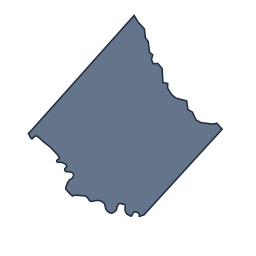 Lamar, Texas, United States of America, rotated 222°
{"feature_id": "52423323B29010460164460", "entity_name": "Lamar", "entity_type": "district", "adm_level": 2, "iso_a3": "USA", "parent_name": "United States of America", "parent_adm1": "Texas", "projection": "natural_earth1", "projection_center": [-95.621, 33.658], "detail": "fine", "context": "isolated", "style": "filled", "palette": "slate", "viewbox_px": 256, "rotation_deg": 222, "n_neighbors": 0, "source": "geoboundaries", "source_scale": "gbopen_adm2", "svg_char_len": 1412}
<svg xmlns="http://www.w3.org/2000/svg" viewBox="0 0 256 256"><g transform="rotate(222 128 128)"><path d="M82.0,59.7L82.2,60.3L83.1,61.3L84.1,64.9L83.9,65.7L83.0,66.9L81.5,67.6L79.3,68.9L79.0,68.9L78.3,68.5L75.3,65.0L74.8,64.5L71.9,63.4L70.8,63.4L66.8,64.3L66.6,64.9L66.6,65.2L66.8,66.7L67.1,67.5L67.3,68.7L67.2,69.3L66.8,70.0L66.3,70.5L64.9,71.4L63.9,71.7L62.5,71.5L61.8,71.3L60.9,70.5L60.4,69.9L58.0,74.0L57.2,190.1L65.2,191.0L67.6,187.7L77.2,180.9L82.8,179.5L90.7,182.9L95.9,181.8L102.5,187.4L112.6,182.2L118.2,182.1L125.2,184.1L128.3,187.7L132.5,185.2L142.5,195.1L149.2,195.9L152.0,192.7L156.2,194.4L158.6,198.9L162.5,198.6L170.9,205.8L175.3,206.6L182.2,212.6L191.6,213.5L198.8,215.8L198.2,59.0L198.5,57.4L194.3,55.7L192.3,55.5L192.0,55.6L191.9,58.5L190.8,61.0L187.4,61.3L181.5,61.2L173.1,61.8L162.9,61.0L158.8,59.9L158.6,59.6L159.3,56.3L158.9,55.6L158.4,55.3L157.1,55.5L154.9,57.7L151.4,59.1L148.8,59.1L147.8,58.6L147.7,57.9L147.8,55.5L146.8,54.2L145.5,53.9L144.2,54.5L142.9,55.7L140.8,57.1L139.1,57.5L137.8,57.4L137.0,56.6L136.0,54.8L135.9,52.9L136.7,50.7L136.7,48.6L136.2,46.5L134.7,42.6L134.1,41.6L133.7,41.1L133.1,40.9L127.3,40.2L123.7,40.3L122.7,42.5L114.1,49.0L111.5,49.2L108.2,48.2L106.8,48.5L105.6,49.3L103.8,52.0L101.8,54.2L98.7,55.8L95.1,56.0L94.4,55.8L90.6,53.1L88.2,52.4L85.7,52.5L83.4,53.5L82.9,54.1L82.0,56.4L81.8,59.2L82.0,59.7Z" fill="#64748b" stroke="#1e293b" stroke-width="1.5"/></g></svg>